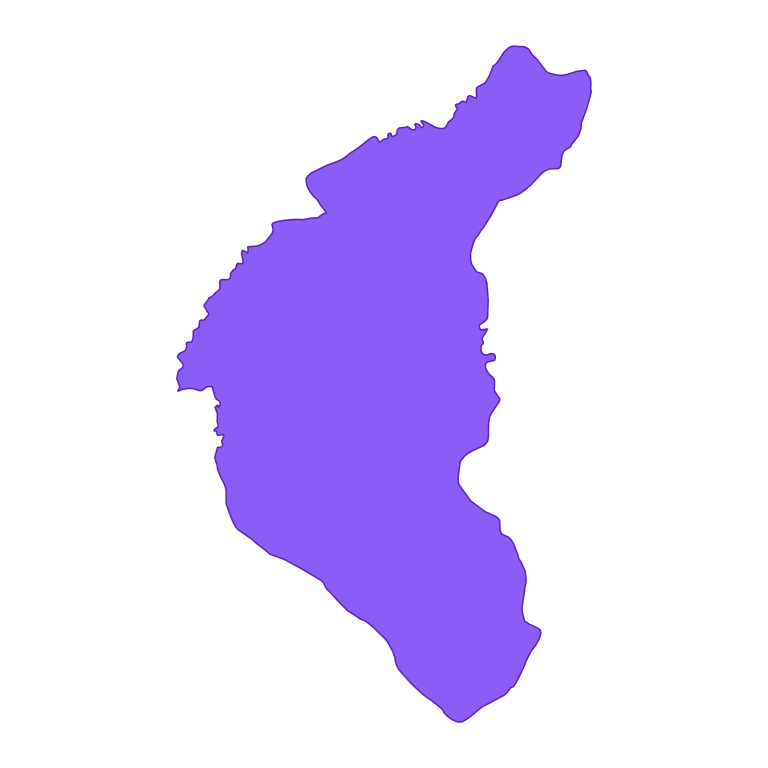 Santa Ana de Yusguare, Choluteca, Honduras
{"feature_id": "27666195B49671611441491", "entity_name": "Santa Ana de Yusguare", "entity_type": "district", "adm_level": 2, "iso_a3": "HND", "parent_name": "Honduras", "parent_adm1": "Choluteca", "projection": "mercator", "projection_center": [-87.098, 13.304], "detail": "fine", "context": "isolated", "style": "filled", "palette": "violet", "viewbox_px": 768, "rotation_deg": 0, "n_neighbors": 0, "source": "geoboundaries", "source_scale": "gbopen_adm2", "svg_char_len": 6087}
<svg xmlns="http://www.w3.org/2000/svg" viewBox="0 0 768 768"><path d="M326.3,588.6L329.2,591.3L337.5,600.5L347.3,610.4L360.6,619.2L364.7,620.6L368.2,623.1L372.8,626.9L385.6,639.4L388.3,643.2L392.9,651.8L394.7,657.0L395.6,661.8L396.8,665.8L398.4,668.9L400.0,671.0L411.2,683.5L421.2,692.9L425.5,696.5L430.7,699.8L441.0,708.1L443.1,710.6L443.8,712.4L447.2,716.1L452.0,719.5L455.0,721.0L457.6,721.9L461.9,721.9L464.8,720.5L471.0,716.1L478.0,710.2L483.0,706.4L504.1,695.3L507.5,692.0L510.5,687.9L513.4,686.5L515.8,683.2L518.6,677.9L523.5,667.6L526.2,660.7L531.5,650.5L534.9,646.4L538.8,639.8L539.9,637.1L540.8,633.4L540.7,631.5L540.1,629.9L537.8,628.1L529.1,624.1L526.8,622.4L525.2,621.7L524.4,620.2L523.4,616.9L522.3,611.7L522.1,607.3L523.5,597.2L524.5,592.5L524.8,587.6L525.9,583.1L526.0,579.1L525.6,573.7L524.9,570.4L520.9,561.7L519.0,559.0L517.4,553.8L513.7,544.0L511.6,540.5L509.6,538.0L507.4,536.6L503.0,534.8L502.0,534.0L501.3,533.2L500.4,531.1L499.9,528.7L499.8,521.4L499.2,519.8L498.2,518.3L495.7,516.4L484.7,511.4L470.8,501.0L459.9,485.9L458.8,483.9L458.2,482.1L458.2,476.7L459.8,464.4L460.3,461.7L461.5,459.8L464.5,456.3L467.4,453.7L472.8,450.6L484.2,445.3L487.4,441.7L488.0,439.6L488.4,436.2L488.6,423.1L489.7,416.9L490.9,413.9L497.6,404.1L499.3,401.2L499.9,399.6L499.6,398.6L494.3,390.7L494.6,381.1L494.2,379.5L492.2,376.7L489.4,374.5L488.4,373.2L486.2,369.4L485.4,366.5L485.7,364.0L486.3,362.8L487.1,362.1L493.7,360.6L494.8,360.1L495.4,357.7L495.0,355.4L494.1,354.2L492.4,353.7L490.3,353.7L486.9,354.9L485.3,354.9L484.0,354.5L482.9,353.9L482.0,352.8L481.3,351.2L481.0,349.5L480.9,347.5L481.2,346.0L481.7,345.0L483.0,343.9L483.3,342.9L483.2,341.9L482.2,340.1L482.4,338.4L483.2,336.2L486.5,331.1L487.5,329.2L487.1,329.0L480.8,329.9L479.7,328.5L479.3,326.7L479.4,325.5L480.1,324.5L483.8,322.0L486.5,319.6L487.2,318.5L487.6,317.0L488.2,300.3L486.9,283.2L485.5,278.5L483.6,274.9L481.8,273.5L477.6,272.2L476.3,271.5L471.6,264.1L470.6,259.4L470.6,252.8L473.2,243.5L475.0,239.1L476.3,237.2L478.4,234.8L480.7,230.9L483.8,227.0L490.8,215.9L498.8,201.0L499.6,200.5L502.2,200.1L513.0,196.5L517.9,194.6L520.7,193.0L525.4,189.6L530.8,185.0L541.2,173.9L543.4,172.0L545.5,170.6L547.7,169.6L550.1,168.8L557.6,168.8L559.2,168.0L560.4,166.7L560.9,165.0L561.2,160.9L561.9,156.3L563.4,151.8L564.3,150.7L570.5,146.8L571.6,144.5L578.6,135.5L581.0,128.3L581.4,122.8L586.8,108.4L590.6,94.8L591.2,91.6L590.7,88.5L590.9,82.8L590.5,78.8L589.8,77.1L588.1,74.8L586.7,71.6L584.9,70.3L577.0,71.3L567.6,74.3L562.4,75.3L557.8,75.3L551.3,73.8L548.1,72.7L546.3,71.5L537.3,59.7L532.0,54.5L529.6,50.3L527.8,48.5L525.2,47.1L522.8,46.5L519.6,46.7L514.3,46.1L510.9,46.6L508.6,47.8L505.5,50.6L503.1,53.4L498.9,60.1L496.1,63.8L493.0,66.2L489.4,75.8L485.1,83.0L478.1,86.7L476.6,87.9L476.3,89.9L476.6,95.5L476.3,97.8L475.9,98.0L475.1,97.9L471.0,96.0L469.9,95.7L469.0,95.8L468.0,96.6L467.2,99.3L465.9,102.1L465.2,102.3L462.8,101.1L461.1,101.9L458.7,104.0L456.6,104.2L455.9,104.6L455.6,105.3L455.7,106.1L456.1,107.1L457.2,108.0L457.2,109.1L454.2,113.6L453.8,116.9L451.5,119.6L448.4,122.0L446.7,125.7L445.2,127.6L443.6,128.3L442.0,128.6L437.9,128.1L434.8,127.0L425.2,121.7L421.6,120.6L421.1,121.0L421.3,122.2L423.0,123.9L423.5,125.3L423.3,126.7L422.4,127.5L421.6,127.5L420.8,127.0L419.9,125.2L418.9,124.4L416.4,123.7L415.4,123.8L414.9,124.4L414.9,125.1L415.7,126.4L415.9,127.5L415.4,129.2L414.4,129.9L411.8,129.6L407.6,126.6L405.4,127.4L399.7,127.8L398.5,128.5L397.5,129.7L396.9,131.9L397.0,133.7L395.8,135.1L393.7,136.1L391.9,136.2L391.2,135.6L391.3,134.3L391.0,133.6L390.0,133.2L388.9,133.4L387.9,134.5L387.8,135.1L388.2,136.8L387.3,138.3L386.1,139.1L384.3,138.9L380.2,142.0L379.6,141.8L378.6,140.9L377.2,138.2L376.3,137.3L374.8,136.6L373.4,136.7L370.1,138.4L357.9,148.1L350.2,153.2L344.9,157.4L342.2,159.2L337.9,161.2L327.8,164.9L311.4,172.9L307.8,176.0L306.3,178.2L306.2,181.3L307.0,186.0L308.5,189.1L310.7,192.7L313.9,196.6L317.4,199.8L320.5,205.0L325.4,211.2L326.2,212.5L326.1,213.0L324.4,213.4L322.6,214.3L320.3,215.8L318.7,217.3L317.4,217.8L311.3,218.1L303.1,219.6L295.0,219.4L285.4,220.2L277.4,221.5L274.2,222.6L272.4,223.8L272.0,224.6L273.2,229.9L272.6,232.1L271.5,234.3L265.6,241.8L261.9,244.2L258.4,245.7L255.9,246.2L248.1,246.7L247.7,247.3L248.2,249.7L247.7,252.9L243.4,250.6L242.5,250.5L241.8,252.0L241.6,253.8L243.0,260.6L243.0,262.4L242.7,263.4L241.8,263.8L239.4,263.7L237.9,263.3L237.4,263.4L235.4,268.9L233.7,269.5L230.7,273.3L230.4,274.5L230.5,277.1L230.1,278.0L229.2,278.9L228.2,279.5L227.0,279.7L221.6,279.6L220.2,280.4L219.7,282.2L219.9,286.4L219.6,289.4L215.3,293.0L212.3,296.4L209.1,297.8L207.6,300.4L204.2,304.9L204.1,306.0L204.5,307.2L206.1,309.1L206.8,311.4L208.6,313.0L208.9,313.9L207.0,316.7L204.4,319.8L203.7,320.1L201.7,320.0L199.7,320.8L198.8,327.3L197.5,328.4L194.6,329.9L193.3,331.2L193.2,337.3L192.5,339.9L191.7,341.7L191.0,342.2L188.8,342.1L186.7,342.7L186.3,343.4L186.6,346.7L185.6,350.0L183.3,351.8L179.7,353.3L177.9,355.3L177.5,356.6L177.7,357.6L182.8,363.7L183.3,365.3L183.0,366.7L182.2,367.9L178.7,370.6L177.8,373.2L176.8,378.5L179.5,386.1L179.2,388.8L178.7,389.6L177.9,390.3L177.9,391.0L178.7,391.0L182.4,389.3L189.8,388.3L193.2,388.7L199.6,390.6L200.9,390.7L203.0,389.9L205.1,388.0L206.9,387.0L209.1,386.5L211.1,386.6L212.1,387.0L212.4,387.5L214.7,396.0L215.5,397.7L216.8,399.5L219.1,400.9L220.1,402.5L220.2,404.8L219.4,406.5L218.6,406.9L217.9,406.8L217.8,406.3L218.1,405.6L217.6,405.2L216.4,405.9L215.1,407.3L217.4,413.7L217.2,421.9L218.0,424.5L218.1,425.8L217.6,427.4L215.4,428.5L214.4,429.6L214.0,430.5L214.5,431.0L215.6,430.6L216.3,431.0L216.7,433.4L217.7,435.4L223.2,434.6L223.7,434.9L223.7,435.9L223.2,437.8L221.7,441.2L221.7,442.1L222.6,443.9L222.4,445.9L221.8,446.6L220.9,447.1L219.4,447.4L217.9,447.1L217.5,447.4L215.2,455.9L214.9,457.9L215.7,461.2L217.0,464.5L217.5,468.3L218.5,471.8L221.0,477.7L224.4,484.3L225.9,488.7L226.2,491.4L226.1,502.7L226.7,505.4L230.8,516.7L233.5,523.0L235.7,526.9L237.9,529.5L251.6,539.0L256.7,543.6L265.0,549.9L270.0,554.2L284.9,559.7L302.4,569.3L321.0,580.4L323.3,582.4L326.3,588.6Z" fill="#8b5cf6" stroke="#5b21b6" stroke-width="1.5"/></svg>